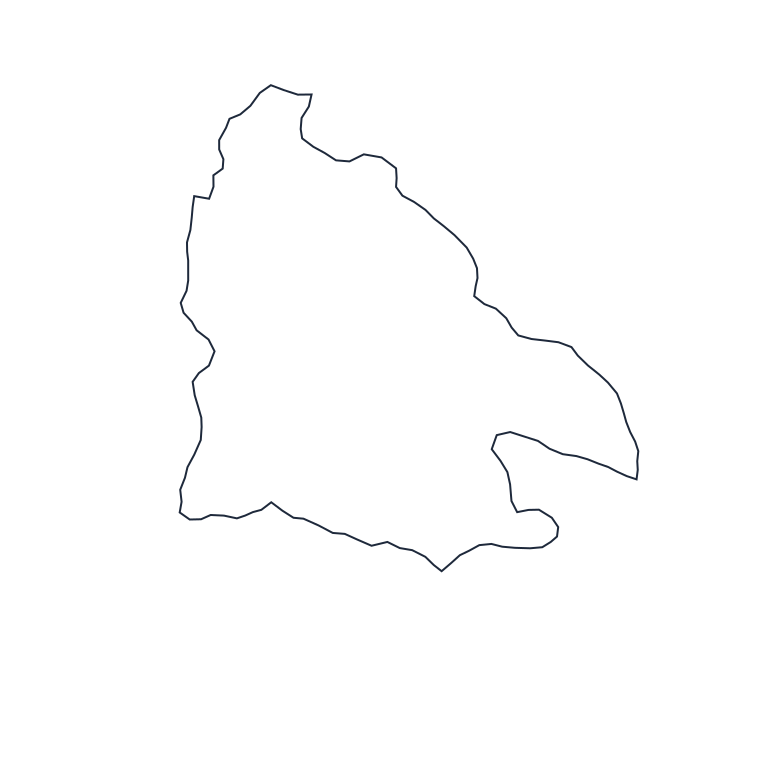 outline of Inconfidentes, Minas Gerais, Brazil, rotated 300°
{"feature_id": "56859067B44116349534136", "entity_name": "Inconfidentes", "entity_type": "district", "adm_level": 2, "iso_a3": "BRA", "parent_name": "Brazil", "parent_adm1": "Minas Gerais", "projection": "natural_earth1", "projection_center": [-46.281, -22.345], "detail": "fine", "context": "isolated", "style": "outline", "palette": "slate", "viewbox_px": 768, "rotation_deg": 300, "n_neighbors": 0, "source": "geoboundaries", "source_scale": "gbopen_adm2", "svg_char_len": 1978}
<svg xmlns="http://www.w3.org/2000/svg" viewBox="0 0 768 768"><g transform="rotate(300 384 384)"><path d="M505.2,443.2L503.4,431.0L505.2,418.2L514.5,414.5L522.5,412.0L530.8,406.6L537.1,398.6L543.5,387.4L548.2,370.5L550.6,356.8L552.3,344.4L555.5,332.9L556.7,319.0L556.3,305.8L560.7,295.9L568.6,292.0L576.8,286.6L579.0,268.6L572.8,251.7L559.5,242.8L553.7,230.6L554.4,217.2L554.1,204.2L555.8,190.3L563.1,184.4L573.2,179.6L586.7,180.2L598.5,176.5L591.5,164.7L588.4,150.1L586.2,136.6L574.0,130.9L558.1,129.2L545.6,124.7L536.4,117.6L526.9,119.1L512.8,119.3L504.7,124.0L498.4,132.5L489.9,136.6L479.4,131.9L469.6,137.7L457.0,139.9L451.8,125.7L441.6,129.8L432.2,134.2L420.6,139.3L408.1,142.6L400.1,147.4L393.0,152.7L383.3,158.3L375.7,162.7L366.0,166.4L352.6,167.4L345.5,174.8L341.9,186.4L336.8,194.9L334.8,209.8L327.6,220.9L312.4,223.2L300.9,218.2L290.2,217.2L279.6,225.7L271.5,234.3L263.5,242.6L255.5,247.6L243.9,253.3L227.9,255.0L213.7,255.4L203.3,258.5L190.5,260.4L180.8,267.6L170.6,271.3L169.5,283.5L175.4,293.2L183.9,299.4L190.0,311.2L194.1,323.8L200.7,329.6L207.5,334.5L213.7,340.7L225.2,345.5L223.5,359.3L222.9,372.5L227.1,381.6L228.8,398.1L229.4,414.1L234.6,425.0L235.9,438.4L237.7,454.1L248.9,465.9L249.8,479.7L254.2,491.5L255.0,506.2L252.1,517.7L250.7,527.5L262.3,531.6L273.7,535.3L282.2,541.1L292.1,547.1L299.2,557.0L302.2,567.7L307.6,579.3L314.8,592.7L321.8,602.7L330.6,607.4L338.4,610.1L347.2,606.4L352.1,596.2L352.6,581.0L347.2,572.1L339.6,563.4L346.4,552.9L360.1,543.4L369.4,534.9L375.7,523.3L381.4,509.9L396.1,507.2L405.5,517.3L408.6,531.6L411.7,545.8L410.7,559.7L412.6,573.9L417.8,586.7L420.6,597.9L422.3,609.7L424.2,619.6L424.6,629.7L425.6,640.2L427.7,650.4L436.5,646.7L443.8,641.9L453.0,637.8L459.7,630.3L465.5,621.2L472.2,612.8L478.5,606.4L485.6,598.9L492.3,590.5L497.2,577.2L499.8,565.7L502.0,551.4L505.5,537.6L509.7,527.9L507.4,514.2L502.0,501.4L496.7,489.2L493.2,476.0L496.7,466.3L502.1,457.0L505.2,443.2Z" fill="none" stroke="#1e293b" stroke-width="2"/></g></svg>